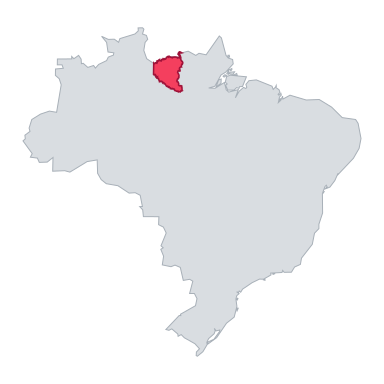 location of Oriximiná, Pará, Brazil
{"feature_id": "56859067B55798525493506", "entity_name": "Oriximiná", "entity_type": "district", "adm_level": 2, "iso_a3": "BRA", "parent_name": "Brazil", "parent_adm1": "Pará", "projection": "orthographic", "projection_center": [-56.798, 0.267], "detail": "fine", "context": "in_parent", "style": "filled", "palette": "rose", "viewbox_px": 384, "rotation_deg": 0, "n_neighbors": 0, "source": "geoboundaries", "source_scale": "gbopen_adm2", "svg_char_len": 8407}
<svg xmlns="http://www.w3.org/2000/svg" viewBox="0 0 384 384"><path d="M83.2,63.3L87.8,67.4L93.6,65.5L95.4,68.1L98.7,64.4L106.6,60.6L108.3,57.1L113.4,55.1L113.8,52.8L108.0,52.0L106.6,42.4L101.6,36.3L108.3,39.4L114.3,39.2L118.6,42.3L119.9,38.6L134.9,34.0L138.3,30.8L138.1,27.9L142.6,27.8L143.9,29.2L142.5,34.0L146.4,35.4L147.7,39.3L145.1,42.4L143.8,50.4L146.7,58.7L153.8,63.5L156.9,62.8L158.4,60.1L161.1,60.7L169.3,56.4L179.5,57.7L178.0,54.2L179.6,51.9L181.6,52.9L188.2,51.2L195.8,55.4L199.0,53.3L206.1,54.8L219.3,36.0L221.4,37.9L226.0,55.3L228.2,58.0L232.6,59.5L233.2,63.9L225.6,72.2L221.0,75.0L214.8,86.3L208.7,88.0L215.1,88.3L224.4,82.5L226.2,89.8L228.7,92.1L238.3,89.6L235.4,97.8L239.2,91.2L243.6,87.4L245.8,88.5L246.8,87.3L245.9,84.4L248.9,80.7L256.3,79.9L272.0,86.2L273.2,89.4L275.4,87.2L279.0,89.7L280.0,92.4L278.1,94.3L278.9,95.2L280.9,93.4L281.3,95.1L279.5,97.0L278.3,102.6L280.8,100.3L282.6,96.1L282.9,99.1L290.0,95.2L306.2,100.0L319.2,99.5L331.6,107.1L342.2,117.6L355.6,119.5L358.1,123.4L361.0,138.5L359.1,148.4L353.4,158.3L338.0,174.6L338.1,173.2L334.8,180.6L329.9,187.1L327.7,188.0L326.3,185.2L324.9,186.6L322.4,193.5L322.6,213.0L318.9,224.2L318.9,228.6L314.5,233.2L312.3,244.3L301.5,258.1L300.4,264.4L294.6,267.0L291.4,272.2L284.1,272.3L282.7,270.4L282.0,272.5L270.7,273.1L271.0,274.9L263.5,279.2L259.5,279.1L252.1,282.7L242.6,289.1L240.7,292.2L239.2,291.0L238.6,292.4L236.6,291.8L239.1,293.6L236.8,295.6L235.9,299.0L236.9,306.3L234.2,317.1L226.5,323.2L216.6,337.7L207.8,344.1L207.8,342.0L213.9,339.3L219.6,331.4L219.8,330.0L216.2,330.9L214.3,328.4L215.2,330.9L214.1,333.8L208.6,338.6L206.8,342.4L207.2,344.5L202.9,351.7L197.4,356.2L196.2,355.6L196.4,352.0L199.5,348.8L194.9,343.7L184.4,337.8L181.2,334.6L178.1,336.3L177.8,334.0L171.8,328.9L168.9,330.3L165.9,329.5L179.2,315.5L180.8,315.6L180.5,314.2L195.5,305.7L197.0,298.6L194.4,293.5L189.6,293.5L192.8,281.2L189.7,279.3L183.3,280.4L180.3,267.4L175.0,265.1L171.0,266.7L162.3,264.9L163.6,256.2L160.8,249.3L163.2,247.8L161.0,245.8L166.2,233.0L163.4,227.1L158.6,224.7L158.9,216.7L143.4,216.6L142.7,209.8L139.7,206.6L142.4,206.5L140.2,195.3L135.2,192.7L129.1,193.1L117.9,185.7L106.3,183.7L101.2,179.6L97.6,173.3L97.2,159.9L87.1,161.6L69.9,172.1L64.7,170.7L52.7,171.2L53.0,157.5L47.2,162.1L39.3,162.4L37.4,158.1L30.4,157.2L32.2,153.6L23.0,140.9L25.3,138.8L24.9,135.2L30.0,131.4L29.1,128.1L31.8,119.5L40.5,114.1L49.4,111.1L56.6,112.3L61.2,84.8L59.2,78.7L55.4,75.4L55.5,69.0L63.3,68.3L62.0,64.8L57.3,64.8L57.4,59.0L71.8,58.9L71.7,56.5L73.9,58.7L78.6,55.4L81.1,59.1L81.4,63.7L83.2,63.3ZM230.1,75.2L246.4,76.8L242.5,86.5L239.5,86.7L239.0,88.4L236.6,87.6L234.0,90.1L227.8,90.1L225.6,85.2L227.2,84.0L225.3,82.2L226.6,76.6L230.1,75.2ZM216.1,86.9L218.6,80.0L221.2,79.0L221.0,83.3L216.1,86.9ZM234.6,71.8L233.0,74.4L229.3,73.8L229.9,72.2L234.6,71.8ZM229.0,69.0L228.4,74.3L226.8,73.7L229.0,69.0ZM237.2,75.2L234.9,75.5L233.8,75.0L236.7,73.5L237.2,75.2ZM226.5,75.4L224.1,77.1L223.1,76.2L224.9,74.7L226.5,75.4ZM230.9,70.7L229.8,69.6L231.8,68.5L231.9,69.6L230.9,70.7ZM229.6,57.0L228.2,57.3L227.9,55.3L229.2,55.2L229.6,57.0ZM237.1,310.8L236.8,309.3L237.9,307.9L238.2,308.3L237.1,310.8ZM264.9,278.6L265.0,280.3L263.6,279.9L264.9,278.6ZM237.2,300.0L236.6,299.1L237.6,298.2L238.0,298.6L237.2,300.0ZM280.4,99.1L279.4,101.1L280.4,98.3L280.4,99.1ZM326.8,188.3L325.2,188.9L326.3,187.4L326.8,188.3ZM274.6,273.8L273.1,274.4L272.8,274.0L273.8,273.2L274.6,273.8ZM324.0,191.9L323.4,192.9L323.1,192.3L324.0,191.9ZM276.2,85.4L276.3,86.5L275.8,86.3L276.2,85.4Z" fill="#d9dde1" stroke="#a8b0b8" stroke-width="1"/><path d="M153.5,74.3L153.9,74.5L154.0,74.4L154.1,74.5L154.0,74.8L154.5,74.9L154.6,74.7L154.7,74.8L154.9,74.7L154.9,74.8L155.2,74.8L155.1,75.0L155.1,75.3L155.2,75.6L155.4,75.5L155.8,76.1L155.8,76.4L156.0,76.4L156.2,76.6L156.5,76.7L156.6,76.8L156.7,76.6L156.8,76.8L156.8,76.7L157.1,76.7L157.2,76.8L157.5,76.7L157.4,77.1L157.2,77.2L157.4,77.4L157.1,77.6L156.9,77.5L156.6,77.6L156.9,77.8L156.8,78.1L157.0,78.2L157.5,78.1L157.8,78.2L157.9,78.4L158.4,78.5L158.4,78.9L158.6,79.1L158.5,79.3L158.6,79.7L159.2,80.4L159.2,80.6L159.4,80.6L159.5,80.9L159.4,81.1L159.6,81.2L159.6,81.4L159.8,81.2L160.6,81.4L161.0,81.1L161.4,81.2L161.6,81.4L161.5,81.7L161.9,81.6L161.9,81.8L162.5,82.0L162.7,82.4L162.7,82.6L162.9,82.4L163.1,82.4L163.1,82.5L163.5,82.6L163.6,83.0L164.0,83.0L164.0,83.3L164.3,83.5L164.3,83.9L164.7,83.9L165.0,83.9L165.2,84.2L165.4,84.2L165.7,85.0L166.2,85.7L166.2,85.8L166.3,86.0L166.5,86.2L167.0,86.0L167.4,86.1L167.6,86.4L167.6,86.6L167.9,86.5L168.2,86.9L168.4,86.7L168.6,87.0L168.7,86.8L169.0,86.8L168.9,87.5L169.4,87.7L169.7,87.6L170.0,87.9L170.3,87.9L170.4,88.3L170.6,88.2L170.8,88.4L170.7,88.7L170.9,88.7L171.0,88.8L171.7,88.9L172.0,88.7L172.1,88.4L172.4,88.4L172.5,88.5L172.5,88.9L173.0,88.7L173.2,88.9L173.5,88.8L173.8,89.0L174.3,89.1L174.3,89.6L174.2,89.7L174.3,89.9L174.6,90.2L174.9,90.2L175.0,90.3L175.1,90.6L175.3,90.5L175.6,90.6L176.3,91.2L176.5,91.1L176.8,91.2L177.1,91.1L177.3,91.3L177.6,91.6L177.8,91.6L177.9,91.4L178.0,91.3L178.4,91.8L178.6,91.5L178.8,91.4L180.1,92.0L180.3,91.7L180.5,91.7L180.8,91.2L180.9,91.3L181.4,90.9L181.5,91.0L182.0,90.8L181.4,90.5L182.1,90.1L182.0,87.8L181.9,87.8L181.9,87.5L181.7,87.4L181.5,87.0L181.9,86.1L181.6,85.9L181.3,86.0L181.0,85.8L180.9,85.6L180.6,85.6L180.1,85.7L180.0,85.8L179.7,85.7L179.6,85.8L179.3,85.7L178.9,85.5L178.8,85.1L178.5,84.9L178.8,83.8L178.7,83.6L178.5,83.3L178.5,82.8L178.2,82.3L177.9,82.1L177.9,81.8L177.5,81.8L177.4,81.7L177.3,81.8L177.2,81.8L177.0,81.1L176.8,80.9L176.9,80.7L177.0,80.6L177.0,80.4L177.3,80.2L177.4,79.5L177.3,79.4L177.4,79.1L177.8,78.7L178.1,78.8L178.2,78.4L178.4,78.3L178.4,78.1L178.6,78.0L178.8,77.8L178.7,77.3L178.9,77.1L178.7,76.9L178.7,76.7L179.0,76.2L179.0,75.3L178.9,75.1L178.8,74.5L178.6,74.2L178.4,74.1L178.4,73.7L178.0,73.2L177.9,72.9L177.7,72.6L177.6,72.4L177.9,71.9L177.8,71.4L178.3,70.7L179.0,70.9L179.0,71.0L179.4,71.1L179.7,71.1L180.1,71.0L180.1,70.5L179.9,70.3L179.9,69.5L179.8,69.4L179.6,69.5L179.4,69.3L179.5,69.0L179.4,68.7L179.6,68.5L179.5,68.3L179.6,67.8L179.8,67.8L179.8,67.7L180.0,67.7L180.2,67.3L180.4,67.2L180.6,67.0L181.0,67.0L180.9,66.9L181.2,66.5L181.4,66.5L181.3,66.1L181.6,65.5L181.5,65.1L181.6,64.9L181.6,64.7L181.8,64.3L182.2,64.3L182.2,64.0L182.5,63.8L182.4,63.6L182.7,63.4L182.7,63.0L182.6,62.9L182.8,62.6L182.5,61.8L182.1,61.3L181.6,61.2L181.5,60.9L181.4,60.7L181.5,60.7L181.3,60.5L181.4,60.4L181.0,59.8L180.8,59.7L180.6,58.6L180.9,58.2L180.7,57.5L180.8,57.2L180.5,56.7L180.4,56.2L180.2,56.1L180.3,55.8L180.1,55.5L180.1,55.3L179.8,54.9L179.6,54.7L179.6,54.4L179.7,53.4L180.0,53.1L180.7,52.8L181.3,53.0L181.7,52.9L181.4,52.8L181.2,52.4L180.6,52.4L180.5,52.2L180.2,52.1L180.1,51.9L179.9,51.9L179.4,51.8L179.2,52.0L179.4,52.1L179.1,52.5L179.3,52.6L178.8,53.2L179.0,53.4L178.9,53.5L178.7,53.5L178.6,53.2L178.4,53.2L178.4,53.6L178.2,53.7L178.0,54.1L178.2,54.3L178.4,54.3L178.8,54.5L178.7,54.8L178.9,55.0L179.2,55.0L179.5,55.7L179.8,55.8L179.8,56.0L180.0,56.1L179.9,56.6L179.7,56.6L179.9,56.9L179.8,57.0L180.1,57.3L180.0,57.5L179.6,57.8L179.2,58.0L178.9,57.8L178.1,57.8L177.8,57.4L177.7,57.5L177.7,57.4L177.1,57.4L177.0,57.6L176.2,57.0L175.7,57.2L175.2,56.9L174.9,56.9L174.8,57.0L174.0,57.3L173.9,57.0L173.7,57.0L173.4,57.1L173.2,57.2L172.8,57.1L172.2,57.8L172.1,57.6L171.7,57.4L171.3,57.4L171.0,57.1L170.7,57.1L170.5,57.3L170.2,57.2L170.0,56.9L169.7,56.9L169.5,56.2L169.5,56.3L169.3,56.2L169.3,56.4L169.0,56.6L168.8,56.5L168.5,56.7L168.3,56.9L168.3,57.0L167.9,56.7L167.6,56.5L167.3,56.7L167.2,56.8L167.2,57.0L166.9,57.1L166.5,57.3L166.5,57.7L166.4,57.9L166.4,58.0L165.9,58.3L165.9,58.5L165.8,58.9L165.5,59.0L165.4,59.2L165.2,59.2L164.7,59.2L164.5,59.3L164.4,59.0L164.1,59.0L164.1,58.9L163.9,59.0L163.9,58.9L163.6,59.0L163.4,58.9L163.4,59.0L163.3,58.9L163.2,59.3L162.8,59.2L162.8,59.4L162.5,59.3L162.4,59.4L162.3,59.6L162.1,59.6L161.5,59.5L161.4,59.6L161.6,59.7L161.6,60.3L161.4,60.9L160.9,60.7L160.8,60.8L160.6,60.8L160.3,60.9L160.1,60.8L160.0,60.4L159.7,60.3L159.4,60.5L159.1,60.3L158.6,60.3L158.7,60.1L158.4,60.3L158.2,60.6L157.9,60.7L158.0,60.8L158.1,61.1L157.7,61.2L157.5,61.3L157.3,61.2L156.9,61.2L157.0,61.5L157.0,61.8L157.3,62.1L157.2,62.3L157.2,62.6L157.0,63.0L156.9,62.9L156.8,63.1L156.7,63.0L156.7,62.8L156.4,62.7L156.3,63.0L155.9,62.8L155.6,62.9L155.3,62.7L155.1,62.8L155.1,63.1L154.9,63.6L154.6,63.7L154.4,63.7L154.3,63.8L154.2,63.8L154.1,63.7L153.9,63.7L153.7,63.4L153.5,74.3Z" fill="#f43f5e" stroke="#9f1239" stroke-width="1.5"/></svg>